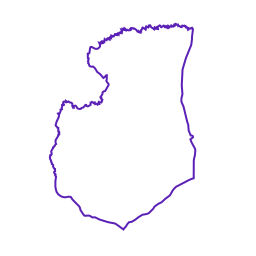 outline of Suwannaphum, Roi Et, Thailand, rotated 169°
{"feature_id": "78962969B41807577344670", "entity_name": "Suwannaphum", "entity_type": "district", "adm_level": 2, "iso_a3": "THA", "parent_name": "Thailand", "parent_adm1": "Roi Et", "projection": "robinson", "projection_center": [103.822, 15.606], "detail": "fine", "context": "isolated", "style": "outline", "palette": "violet", "viewbox_px": 256, "rotation_deg": 169, "n_neighbors": 0, "source": "geoboundaries", "source_scale": "gbopen_adm2", "svg_char_len": 5892}
<svg xmlns="http://www.w3.org/2000/svg" viewBox="0 0 256 256"><g transform="rotate(169 128 128)"><path d="M151.8,29.3L150.6,30.5L149.0,31.5L147.2,33.6L145.0,35.3L142.2,35.2L138.2,36.7L134.2,38.7L130.2,40.1L125.9,40.0L123.6,40.6L118.8,43.8L116.8,45.9L112.6,47.8L109.2,48.7L105.0,51.3L100.3,53.6L99.5,54.1L95.9,58.3L94.2,59.7L91.9,61.2L79.0,65.0L75.5,65.9L73.1,66.1L69.6,83.7L68.4,86.7L67.8,87.8L66.9,90.6L66.3,92.7L66.1,94.7L68.4,101.9L68.9,105.0L65.9,106.5L65.9,107.1L65.9,107.6L67.2,108.7L67.9,108.8L68.9,113.8L68.5,118.1L68.2,119.0L68.7,122.9L69.4,138.2L70.5,143.3L70.4,144.8L69.9,146.9L68.1,150.8L67.1,159.6L63.3,175.0L57.8,185.6L50.1,197.4L48.2,203.1L47.9,204.9L45.5,212.2L45.7,212.3L45.6,213.2L46.4,213.6L45.9,213.9L46.0,214.2L46.9,214.1L47.2,213.8L48.1,213.7L49.3,213.7L49.7,213.3L49.9,213.7L49.7,214.7L50.0,214.7L50.5,214.1L50.5,215.0L51.5,215.4L51.4,216.1L52.0,216.1L51.9,216.8L52.1,217.1L52.7,217.0L53.2,217.7L53.8,217.4L55.2,218.2L56.3,217.5L56.2,216.8L56.8,216.8L56.9,216.4L57.1,217.2L57.6,217.8L58.6,218.7L59.2,218.5L59.2,220.0L61.1,220.1L61.1,221.0L61.4,221.2L62.8,220.8L62.9,220.5L62.8,219.7L63.2,219.7L63.1,219.2L64.3,218.9L65.0,219.5L65.4,219.3L65.5,220.2L65.8,220.4L66.2,219.5L67.0,219.8L67.8,219.0L68.8,220.3L69.1,218.7L69.7,218.3L70.1,218.5L70.2,218.9L69.7,219.9L69.9,220.4L71.4,220.9L71.6,220.7L71.4,220.2L71.6,219.6L72.4,219.8L72.5,220.7L73.1,220.8L73.2,221.6L73.5,221.8L76.0,220.5L76.6,221.1L76.7,222.2L77.4,222.7L79.0,221.9L80.2,221.7L80.1,220.8L79.5,219.9L79.6,219.4L80.6,219.7L80.9,220.2L82.6,221.8L83.0,221.1L82.7,220.0L83.3,219.6L84.8,221.4L86.0,222.5L86.6,224.5L87.5,224.8L87.9,224.7L87.9,223.7L88.8,222.8L89.5,223.1L90.3,224.2L90.8,224.3L91.3,223.2L91.6,222.9L91.5,221.9L91.9,221.2L93.0,222.5L93.7,223.0L93.7,223.4L94.6,223.8L95.1,223.2L95.1,222.6L95.6,222.0L96.6,221.5L96.7,220.1L97.7,220.2L97.7,219.8L97.4,219.6L97.5,219.2L98.3,219.6L98.4,220.4L98.8,220.9L99.2,220.1L100.5,221.0L100.6,222.0L101.3,222.9L102.7,224.4L103.3,224.3L103.8,224.9L104.9,225.3L105.4,224.8L105.7,225.5L106.0,225.5L106.2,225.2L106.9,225.0L106.8,223.9L107.0,223.6L108.8,223.7L109.9,224.5L111.1,224.0L111.5,225.4L112.3,224.8L112.9,224.9L112.9,225.5L112.4,226.2L112.7,226.7L113.3,225.8L114.7,226.5L114.9,225.9L114.7,225.3L115.0,224.9L115.7,225.5L115.4,223.7L115.7,223.6L116.0,224.3L116.3,223.9L116.4,223.3L115.8,222.8L116.1,222.2L117.2,222.6L117.7,223.3L118.9,222.7L119.2,221.8L119.8,222.9L120.2,222.5L120.5,221.2L120.9,221.1L122.1,221.8L122.0,222.6L122.8,222.7L123.2,221.7L123.9,221.6L124.4,220.7L125.0,220.6L125.6,221.0L125.5,222.1L126.2,220.8L126.5,221.0L126.5,221.8L126.8,222.0L127.1,220.6L127.4,220.6L127.6,221.0L128.0,220.8L127.7,220.2L127.6,219.2L128.2,219.3L128.0,220.0L128.9,220.3L129.4,220.0L129.5,219.2L129.1,218.7L129.2,218.2L129.8,218.6L129.7,219.3L129.9,219.6L131.0,220.0L131.7,219.4L131.7,219.0L132.5,218.9L132.1,218.6L132.3,218.2L132.8,218.4L133.2,219.1L133.7,219.1L134.0,219.6L134.2,219.1L134.2,218.4L134.7,218.1L134.8,217.4L135.3,217.8L135.8,217.6L135.4,216.5L135.9,216.2L136.3,216.5L136.5,217.3L137.0,216.8L137.3,216.9L137.2,217.6L137.4,218.0L138.2,217.6L138.0,216.6L137.4,216.3L137.4,216.1L138.1,216.1L138.6,216.7L139.2,216.6L140.0,217.1L139.6,215.1L139.8,213.7L140.5,212.8L142.0,211.8L143.1,211.6L144.9,212.0L145.8,212.5L148.0,214.4L149.2,214.6L149.5,214.5L150.3,212.7L151.6,209.0L152.4,208.5L153.3,208.7L153.5,208.4L153.4,207.3L153.8,206.2L154.0,204.6L153.7,204.5L153.4,204.0L153.3,203.5L153.9,203.1L154.0,201.6L154.6,201.2L154.4,199.5L154.7,199.1L154.3,198.6L154.0,196.3L152.3,195.1L150.8,195.1L149.5,193.8L148.4,191.4L147.6,189.0L145.0,186.1L142.6,181.8L141.3,182.4L139.4,183.9L138.7,183.8L139.7,179.4L140.3,178.4L139.9,177.2L138.7,175.0L138.8,174.0L143.3,168.7L144.7,168.6L146.0,168.0L146.3,167.5L146.4,166.6L146.9,165.9L148.1,164.5L149.0,163.9L149.2,163.0L148.8,162.6L148.3,162.5L148.2,162.1L148.6,161.5L147.8,160.5L148.5,159.9L148.4,159.4L149.0,158.3L149.3,158.1L150.7,158.6L151.6,159.3L151.9,158.9L151.6,157.0L153.1,157.1L153.5,156.8L153.9,157.8L155.7,157.7L155.7,159.5L156.3,159.6L157.0,159.0L158.4,160.5L159.1,160.1L159.9,160.1L160.3,157.9L161.9,157.3L163.2,156.9L163.7,157.0L164.4,157.5L164.6,158.6L165.3,158.8L166.5,157.7L168.2,156.6L169.8,156.6L170.6,155.8L172.2,156.0L173.6,156.7L174.3,157.9L174.7,159.3L175.5,160.0L176.8,160.0L177.3,159.4L177.3,158.2L178.0,158.3L178.5,160.5L178.0,162.3L178.4,163.2L179.0,163.8L180.2,164.1L181.3,165.4L182.3,165.1L182.7,165.1L183.7,166.3L183.9,165.3L184.1,165.1L185.2,166.1L186.2,166.1L186.6,165.8L187.0,164.6L186.4,163.3L186.4,162.9L186.7,162.8L188.1,163.3L188.4,163.2L188.5,161.5L189.2,160.6L189.1,159.1L189.8,158.7L190.7,158.9L190.9,157.5L192.4,155.2L192.8,155.2L193.6,155.7L194.0,155.6L193.2,153.9L194.1,151.6L196.8,148.0L198.5,144.6L198.4,143.8L197.5,142.8L197.2,141.7L196.4,141.4L196.6,140.5L196.6,139.4L196.9,139.1L197.1,138.3L196.4,137.5L196.7,137.1L196.5,136.6L196.8,136.5L196.7,136.2L197.1,135.6L196.9,135.4L197.3,135.1L197.1,134.9L197.5,134.7L197.5,134.1L197.8,133.8L198.2,133.7L198.4,133.1L200.0,131.5L200.3,131.0L201.4,129.9L201.9,127.5L201.6,126.0L202.6,125.5L203.2,124.5L203.9,124.3L204.1,123.9L205.1,123.4L204.9,123.1L206.9,121.0L207.9,119.5L207.9,118.5L207.7,118.1L208.2,116.8L208.1,116.7L208.7,116.0L209.5,116.2L209.8,115.6L209.7,115.3L210.3,114.3L210.1,113.3L210.4,112.4L209.8,111.0L209.9,110.2L209.7,109.9L209.9,109.5L209.4,108.2L209.6,107.1L209.1,106.9L208.7,106.3L208.6,105.1L208.9,104.7L208.7,103.5L208.4,103.0L208.2,102.1L207.5,101.8L207.8,99.4L208.7,99.2L209.0,98.7L208.8,97.3L208.0,96.6L208.0,96.0L208.5,95.8L208.6,95.5L207.9,93.9L209.4,89.8L210.5,84.2L210.5,81.5L210.3,78.9L209.1,76.2L207.3,74.2L205.7,73.0L203.6,72.1L202.3,71.9L199.4,71.9L197.4,71.3L196.0,68.1L191.0,60.6L190.4,59.0L190.3,56.6L188.7,52.5L187.7,50.5L187.2,50.1L183.1,49.5L182.3,49.1L179.9,47.0L177.3,46.6L173.6,43.7L171.9,42.8L165.4,39.3L159.8,37.1L158.3,36.2L151.8,29.3Z" fill="none" stroke="#5b21b6" stroke-width="2"/></g></svg>